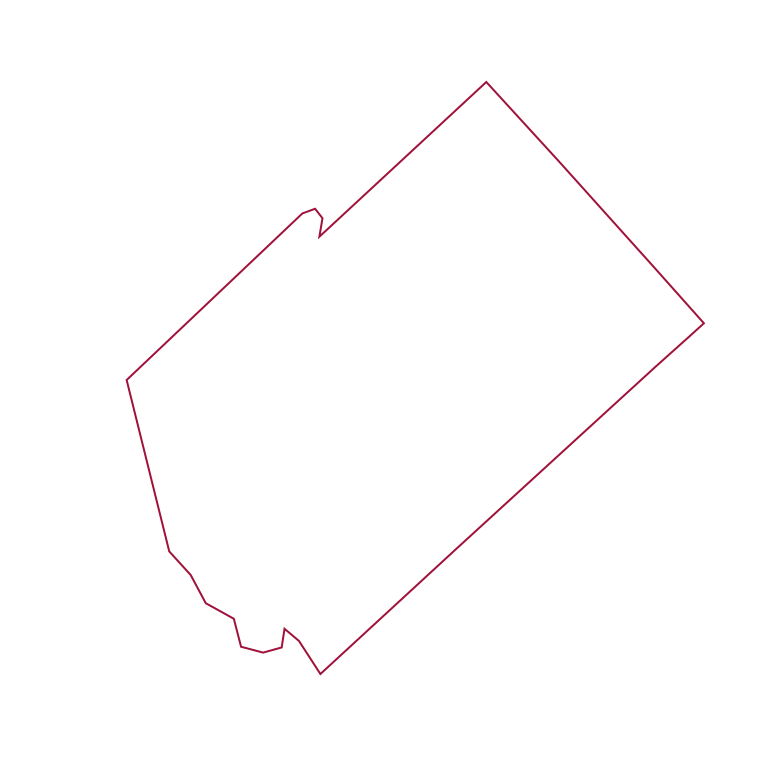 Ross, Ohio, United States of America (Robinson projection), rotated 314°
{"feature_id": "52423323B5632937542361", "entity_name": "Ross", "entity_type": "district", "adm_level": 2, "iso_a3": "USA", "parent_name": "United States of America", "parent_adm1": "Ohio", "projection": "robinson", "projection_center": [-83.117, 39.342], "detail": "fine", "context": "isolated", "style": "outline", "palette": "rose", "viewbox_px": 768, "rotation_deg": 314, "n_neighbors": 0, "source": "geoboundaries", "source_scale": "gbopen_adm2", "svg_char_len": 453}
<svg xmlns="http://www.w3.org/2000/svg" viewBox="0 0 768 768"><g transform="rotate(314 384 384)"><path d="M131.2,539.7L315.4,550.5L584.7,567.3L632.9,570.8L649.9,571.9L653.2,528.5L655.6,496.5L665.6,355.8L672.3,247.8L445.1,235.2L460.5,224.6L462.2,212.7L450.0,206.8L208.1,196.1L114.4,345.8L112.3,377.7L102.5,408.1L110.8,439.1L95.7,463.7L106.8,483.6L123.4,493.4L138.8,482.5L140.1,501.3L131.2,539.7Z" fill="none" stroke="#9f1239" stroke-width="2"/></g></svg>